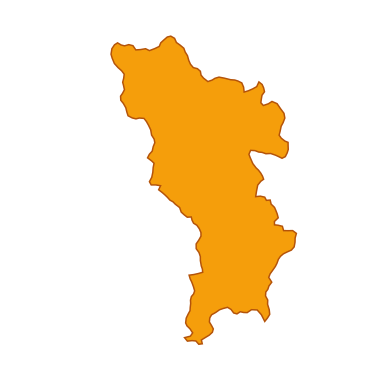 Conceição de Ipanema, Minas Gerais, Brazil (Albers equal-area conic projection), rotated 284°
{"feature_id": "56859067B34184939110586", "entity_name": "Conceição de Ipanema", "entity_type": "district", "adm_level": 2, "iso_a3": "BRA", "parent_name": "Brazil", "parent_adm1": "Minas Gerais", "projection": "albers", "projection_center": [-41.697, -19.901], "detail": "fine", "context": "isolated", "style": "filled", "palette": "amber", "viewbox_px": 384, "rotation_deg": 284, "n_neighbors": 0, "source": "geoboundaries", "source_scale": "gbopen_adm2", "svg_char_len": 3072}
<svg xmlns="http://www.w3.org/2000/svg" viewBox="0 0 384 384"><g transform="rotate(284 192 192)"><path d="M256.6,275.1L260.0,274.1L263.4,273.2L263.9,269.8L265.8,265.6L268.2,262.8L272.6,262.8L277.4,262.6L281.3,263.6L286.2,264.2L290.6,262.2L294.2,257.8L298.3,253.2L299.2,247.7L296.1,244.8L293.2,240.3L295.3,237.2L299.0,236.8L302.8,236.5L306.8,238.1L310.4,236.3L313.3,234.0L315.0,230.3L309.9,229.3L306.7,225.9L303.8,222.1L301.6,218.4L306.2,216.7L309.9,213.9L310.8,209.7L311.0,206.4L310.3,202.3L310.3,195.9L310.0,190.4L307.9,186.8L305.5,184.5L303.0,180.7L305.3,175.6L307.6,172.5L311.2,170.9L313.0,167.4L313.0,163.2L315.6,159.6L318.8,157.1L323.2,154.6L326.2,151.5L329.5,149.3L331.6,145.0L333.3,140.7L336.9,137.9L338.1,133.7L336.4,130.5L332.7,127.9L329.2,125.6L325.3,125.0L322.1,121.1L318.9,116.5L319.8,112.3L317.7,107.5L316.3,103.1L319.7,99.3L319.7,95.0L317.5,91.2L317.5,87.7L318.7,83.7L316.1,81.2L311.7,79.6L306.1,80.1L302.5,82.2L297.9,85.6L294.8,90.2L292.6,94.4L289.9,97.7L285.9,98.2L281.7,98.2L278.6,99.9L274.9,101.7L270.8,100.7L267.7,99.5L263.8,100.7L261.3,104.0L257.7,107.4L253.9,109.4L250.5,111.5L249.4,116.1L249.4,119.9L251.0,122.9L251.8,127.6L249.3,130.8L246.2,133.7L242.3,136.9L237.5,139.0L234.1,142.5L230.8,144.0L226.7,143.4L222.0,143.5L218.3,141.5L214.4,140.6L212.4,145.3L210.7,148.2L206.3,148.4L201.8,149.2L196.6,149.4L191.7,148.2L189.0,150.7L190.1,155.2L190.5,160.0L186.1,159.1L184.2,163.4L182.5,166.7L180.8,169.6L178.8,172.5L177.9,175.9L176.1,178.8L173.9,183.8L169.9,186.4L168.0,189.9L166.4,193.5L167.6,197.3L164.6,198.9L162.1,201.1L160.9,204.8L158.1,208.0L154.8,210.5L151.3,211.4L146.9,210.2L142.6,208.6L138.0,209.8L135.0,213.4L131.4,215.7L127.5,216.7L122.5,218.9L119.8,220.7L116.7,221.8L114.5,218.0L112.3,213.6L110.6,209.3L107.2,211.3L104.6,213.5L100.5,216.3L96.7,218.5L93.4,218.2L90.4,216.7L86.7,216.7L83.5,217.7L79.6,218.2L76.4,218.8L72.6,217.8L68.2,216.9L63.4,217.5L60.9,219.5L58.8,223.1L55.5,226.7L51.7,225.3L48.9,220.0L46.2,223.6L47.8,228.0L48.4,231.8L45.9,235.4L47.2,238.7L50.7,236.9L54.1,240.2L57.3,243.4L60.8,245.7L64.3,245.8L67.0,243.4L70.1,240.3L74.2,239.7L77.6,240.7L80.8,244.1L84.4,247.2L86.5,250.4L88.7,254.4L87.5,258.3L84.7,261.7L84.6,265.1L87.5,267.8L87.6,271.3L88.3,274.7L92.2,278.2L93.3,283.8L89.7,289.0L84.0,293.9L88.2,295.8L92.1,297.0L96.5,295.4L101.3,292.5L105.5,291.6L108.9,288.5L112.8,287.8L115.8,289.1L119.5,289.4L123.8,291.2L127.7,287.1L131.5,287.6L135.5,289.2L139.9,290.9L143.5,291.7L147.6,292.1L151.0,293.4L154.2,295.7L156.8,298.8L159.7,302.5L163.4,304.4L168.2,304.1L172.3,303.2L177.1,303.3L178.9,299.0L177.7,294.6L176.7,290.2L180.6,288.0L180.6,283.6L180.1,280.0L183.3,279.1L187.8,281.9L191.3,280.0L194.4,277.8L197.0,275.8L199.4,271.7L203.1,269.8L201.9,266.2L204.6,263.8L204.5,259.3L202.9,254.9L208.4,254.4L214.6,254.1L219.1,256.2L221.7,258.4L224.4,256.6L227.0,254.1L229.3,251.2L231.0,248.2L234.3,244.1L239.5,240.1L242.4,238.1L246.6,238.8L247.4,243.1L246.9,247.0L247.4,250.4L247.0,254.4L248.4,259.0L247.9,264.4L247.2,268.0L246.5,271.2L248.9,274.0L252.9,274.9L256.6,275.1Z" fill="#f59e0b" stroke="#b45309" stroke-width="1.5"/></g></svg>